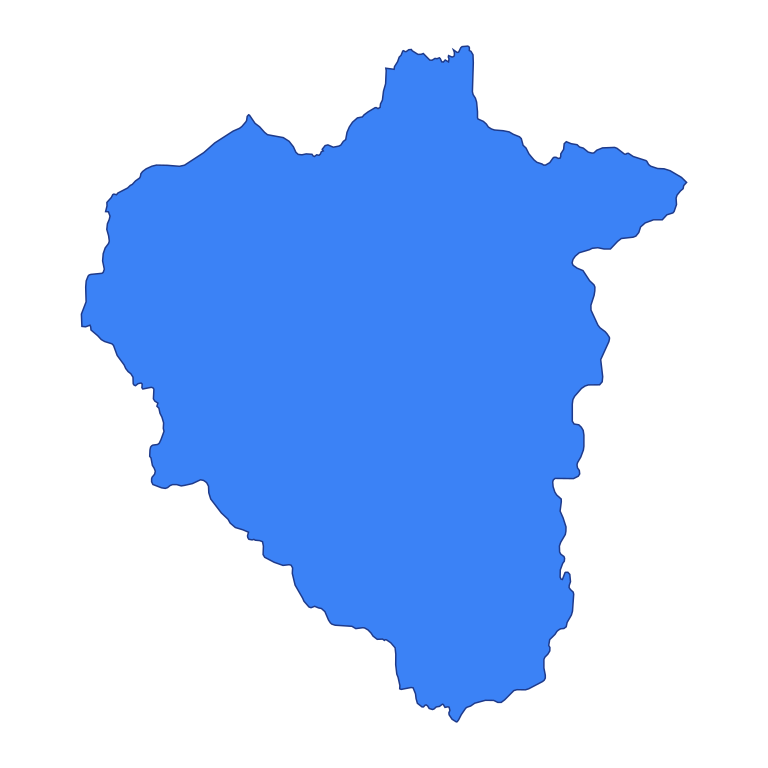 the district of Carolina, Antioquia, Colombia
{"feature_id": "7082276B54893921503227", "entity_name": "Carolina", "entity_type": "district", "adm_level": 2, "iso_a3": "COL", "parent_name": "Colombia", "parent_adm1": "Antioquia", "projection": "natural_earth1", "projection_center": [-75.301, 6.75], "detail": "fine", "context": "isolated", "style": "filled", "palette": "blue", "viewbox_px": 768, "rotation_deg": 0, "n_neighbors": 0, "source": "geoboundaries", "source_scale": "gbopen_adm2", "svg_char_len": 6054}
<svg xmlns="http://www.w3.org/2000/svg" viewBox="0 0 768 768"><path d="M90.8,274.4L89.1,275.0L88.1,276.1L86.2,280.9L85.7,287.1L86.1,301.8L81.4,314.1L81.9,326.4L85.6,326.8L90.0,325.2L90.7,326.9L91.0,330.0L97.7,335.7L101.3,339.6L104.6,341.5L111.9,343.8L113.5,345.4L117.2,355.5L124.1,364.9L125.7,368.5L128.1,371.6L130.8,373.7L133.0,377.2L133.2,383.8L134.2,385.2L135.5,385.7L138.0,383.7L141.0,383.0L142.2,384.1L141.9,387.7L142.8,389.0L151.3,387.3L152.9,387.8L153.9,389.2L153.4,398.8L154.8,401.1L157.9,403.1L156.9,406.2L158.9,408.2L160.0,413.3L162.0,417.3L163.6,422.9L163.3,428.4L164.0,431.3L161.0,439.6L159.2,443.3L157.5,444.5L152.9,445.1L151.7,445.8L150.6,447.1L150.0,449.8L149.7,456.3L151.0,458.0L152.4,465.4L154.1,468.1L155.3,471.2L154.6,474.2L152.1,477.2L151.6,478.8L151.6,481.8L152.9,484.5L161.5,487.8L165.3,488.4L167.6,487.6L170.0,485.6L172.5,484.6L176.8,484.6L181.2,485.9L184.4,485.4L192.4,483.6L200.5,479.8L203.5,480.4L205.6,481.8L206.8,482.9L208.5,486.2L208.8,492.8L210.7,499.0L221.4,513.0L228.0,519.2L230.2,523.1L235.3,527.5L242.9,529.8L248.5,532.2L247.5,535.9L247.8,537.6L248.9,539.3L252.1,539.9L253.9,539.4L255.3,540.2L259.7,540.6L262.5,541.7L263.4,546.1L263.1,554.6L264.7,557.3L274.2,562.3L283.0,565.4L289.1,564.7L291.1,565.2L292.6,567.9L292.3,573.4L295.1,585.1L302.6,598.1L304.0,601.3L309.0,607.0L311.0,607.7L314.7,606.3L318.5,607.9L321.4,608.5L324.9,611.6L328.5,620.0L330.4,622.9L331.8,624.1L335.1,625.2L351.9,626.3L355.8,628.6L362.7,627.7L364.5,627.9L368.0,629.9L371.0,633.0L373.1,636.2L377.2,639.3L382.6,639.1L384.4,640.4L385.1,639.7L386.4,639.8L390.7,642.7L395.1,647.8L395.8,654.3L395.7,664.7L396.8,674.1L398.1,677.4L399.9,685.6L399.7,688.8L401.2,689.4L411.1,687.5L413.1,687.8L415.5,693.8L416.1,698.7L417.4,703.3L422.0,706.9L423.5,706.9L425.1,705.2L426.2,704.9L427.6,705.9L429.2,708.5L432.5,709.5L434.0,709.0L436.3,706.9L439.5,706.4L442.4,704.2L443.3,704.5L445.0,707.4L447.8,706.8L449.1,707.2L449.9,710.4L448.9,712.8L449.1,714.8L452.0,719.2L456.3,721.9L457.2,721.7L458.7,719.7L461.3,714.6L465.7,708.2L467.1,707.2L470.7,706.0L474.7,703.2L485.4,700.3L493.7,700.4L497.8,702.4L501.2,702.4L504.7,699.8L513.8,690.6L516.9,689.7L525.5,689.8L528.7,688.8L542.6,681.5L544.2,680.2L545.3,678.1L545.3,675.2L543.9,668.0L543.9,659.5L544.8,657.3L547.9,654.1L549.8,650.9L549.9,647.5L548.7,645.4L549.7,639.6L555.0,634.4L556.9,631.4L558.4,630.1L560.6,628.8L563.9,628.5L566.2,626.8L567.1,622.5L571.4,615.0L572.5,611.1L573.7,594.2L573.2,592.1L570.5,589.6L569.1,587.6L569.2,585.5L570.5,581.7L569.8,574.4L567.9,572.3L565.6,572.3L565.0,572.7L562.4,579.5L561.0,579.1L560.1,577.1L560.3,569.9L562.7,563.4L564.3,561.2L564.6,558.4L564.0,556.6L560.8,554.2L559.6,552.0L559.4,546.0L560.7,542.3L565.3,534.5L565.9,531.2L566.0,526.9L563.1,517.9L560.1,511.1L561.3,501.7L561.2,499.0L556.7,495.0L554.8,492.0L553.1,486.7L552.7,482.0L553.3,479.9L555.1,478.4L573.5,478.6L578.3,476.2L579.7,473.9L579.3,470.4L577.5,467.9L577.0,464.9L577.5,462.7L580.8,457.0L583.4,450.0L583.9,446.2L583.9,435.1L583.2,430.4L581.3,427.2L578.8,424.8L574.1,424.0L572.3,421.2L572.3,404.1L572.9,399.6L574.6,396.3L581.5,388.4L585.1,386.0L588.4,384.9L599.6,384.8L602.2,381.8L602.7,376.7L600.7,359.6L608.9,341.6L609.5,338.7L609.4,337.4L607.1,333.9L605.2,331.7L600.0,327.8L597.9,325.1L591.0,310.1L590.9,305.3L594.1,295.3L594.8,290.9L594.9,287.1L594.0,284.9L589.6,280.7L583.0,270.6L577.0,268.1L573.1,265.3L572.1,262.9L573.0,259.4L575.3,256.1L579.3,252.7L589.4,249.7L592.2,248.3L597.8,247.7L604.1,249.0L610.4,249.0L617.6,241.4L621.3,238.5L633.1,237.2L635.9,236.1L638.8,232.5L640.6,226.9L645.2,222.9L653.5,219.8L662.3,219.8L666.9,214.8L672.9,212.9L674.1,211.5L676.5,204.6L676.1,198.1L677.0,195.2L680.4,191.0L683.1,188.7L683.7,185.6L686.6,182.4L681.5,177.4L670.1,170.7L664.1,168.8L657.6,168.5L650.7,166.2L648.6,164.5L646.9,161.4L646.0,160.6L633.2,156.5L628.4,153.3L627.0,153.4L625.8,154.2L624.5,154.1L617.0,148.3L614.6,147.4L602.5,147.9L596.8,150.2L593.9,152.9L592.1,153.1L588.2,152.1L583.3,148.1L579.5,147.0L577.1,144.7L571.2,143.7L566.3,141.7L564.2,143.7L563.6,149.4L560.8,153.8L560.7,156.7L560.0,158.2L558.1,158.4L556.1,157.3L554.0,157.3L553.0,158.0L549.8,162.6L545.5,165.1L543.6,165.1L542.1,164.0L536.9,162.3L534.0,159.9L531.0,156.4L528.9,153.8L526.0,148.0L523.1,145.3L521.3,138.6L519.5,136.8L513.3,134.3L509.2,131.9L503.1,130.7L494.5,130.0L491.5,129.0L488.3,127.0L486.4,124.1L483.4,121.4L478.0,119.0L477.5,117.8L477.5,111.8L476.6,102.1L475.4,98.2L473.1,94.6L472.4,91.7L473.3,62.8L473.0,54.8L471.0,51.4L469.3,50.5L469.4,47.8L468.9,46.7L467.8,46.1L462.1,46.6L460.8,47.7L458.7,52.0L458.0,52.4L456.9,52.3L453.4,49.8L454.3,52.1L454.4,55.3L453.8,56.4L452.1,57.1L448.6,55.6L448.3,57.0L449.0,58.9L448.5,61.9L445.2,60.0L443.4,62.0L441.7,61.8L440.3,58.7L439.4,57.8L437.0,58.7L435.0,58.4L432.1,60.2L429.8,60.1L423.3,53.5L421.2,54.3L418.0,54.4L412.1,50.7L411.4,49.5L408.8,49.7L406.2,51.6L405.0,51.6L403.6,50.7L402.8,51.0L401.0,55.4L399.2,57.1L397.6,61.7L394.5,66.6L394.1,69.3L385.8,68.2L386.2,70.6L385.6,83.8L383.5,91.1L382.4,100.1L380.5,103.9L380.1,107.4L378.0,108.6L376.3,107.6L375.1,107.7L368.3,111.7L364.0,114.9L362.4,116.9L357.4,117.9L352.5,122.2L349.3,127.0L347.0,132.4L345.7,139.6L343.3,141.4L340.8,145.1L338.8,146.1L333.3,147.2L327.9,144.9L325.1,145.6L322.2,149.3L323.3,150.9L321.4,151.6L320.3,154.1L319.0,155.3L316.7,154.8L314.4,156.5L313.1,155.9L312.0,154.3L306.2,153.9L301.9,154.8L298.2,154.4L295.9,152.3L293.4,146.8L289.1,141.3L283.3,137.6L267.5,134.7L264.6,132.4L259.6,126.8L255.0,123.3L249.5,115.2L248.6,114.8L247.2,116.4L246.6,120.5L245.9,121.8L241.9,126.5L239.5,128.3L233.1,131.1L214.8,142.9L203.8,152.6L184.5,165.2L179.5,166.3L167.2,165.3L156.4,165.1L151.9,166.2L146.2,168.8L142.6,171.5L140.9,173.7L140.4,176.5L139.6,178.0L135.5,180.9L132.3,184.4L130.3,185.4L127.6,188.0L117.9,193.0L116.5,194.7L113.9,194.1L112.8,194.6L111.3,197.5L106.9,202.4L107.0,205.9L105.6,211.6L108.4,211.8L110.0,216.1L109.3,219.3L107.4,223.8L106.8,229.4L108.6,235.8L109.3,241.1L108.6,243.4L105.2,247.9L103.2,253.7L102.6,260.9L104.3,269.2L103.2,272.4L102.0,273.3L90.8,274.4Z" fill="#3b82f6" stroke="#1e3a8a" stroke-width="1.5"/></svg>